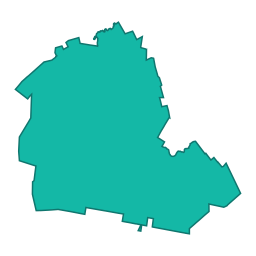 Cruillas, Tamaulipas, Mexico
{"feature_id": "50627088B28720868594108", "entity_name": "Cruillas", "entity_type": "district", "adm_level": 2, "iso_a3": "MEX", "parent_name": "Mexico", "parent_adm1": "Tamaulipas", "projection": "robinson", "projection_center": [-98.359, 24.655], "detail": "fine", "context": "isolated", "style": "filled", "palette": "teal", "viewbox_px": 256, "rotation_deg": 0, "n_neighbors": 0, "source": "geoboundaries", "source_scale": "gbopen_adm2", "svg_char_len": 4962}
<svg xmlns="http://www.w3.org/2000/svg" viewBox="0 0 256 256"><path d="M15.4,89.4L27.7,98.9L29.8,96.1L31.6,94.3L30.8,118.0L28.7,121.6L19.4,137.0L18.7,151.2L19.4,160.7L34.3,165.5L35.9,166.0L34.1,180.3L33.8,180.9L32.6,181.8L32.4,194.2L36.2,210.6L41.0,210.5L51.7,209.9L58.1,209.4L70.1,211.5L76.4,212.7L81.0,213.6L84.8,214.3L85.9,207.5L91.6,208.5L104.9,210.8L105.0,210.8L118.5,213.2L123.5,214.0L122.3,221.3L125.4,221.9L128.9,222.5L135.5,223.8L136.6,223.9L139.0,224.4L141.0,224.7L138.2,230.6L140.8,231.1L141.7,224.9L146.6,225.8L147.7,217.6L153.4,218.6L153.2,219.9L152.3,226.9L152.6,227.0L183.6,232.8L183.8,232.8L185.7,233.2L189.4,233.8L189.4,231.8L189.4,228.6L189.7,228.3L194.3,224.3L196.2,222.6L198.8,220.4L204.4,215.4L209.0,211.5L208.9,204.0L223.8,207.2L226.2,206.1L227.0,205.7L227.7,204.8L240.6,193.4L233.8,179.2L226.1,163.2L223.4,166.4L221.9,166.9L217.9,162.1L217.7,162.3L215.7,159.8L213.9,157.5L210.9,160.0L205.8,153.3L205.0,153.9L195.5,141.3L194.9,141.4L194.6,141.4L194.4,141.4L194.1,141.4L193.9,141.5L193.7,141.6L193.2,141.8L192.9,141.9L192.9,142.0L192.5,142.3L192.2,142.3L192.0,142.5L191.8,142.7L191.7,142.8L191.2,143.1L190.7,143.5L190.3,143.7L190.2,143.7L190.2,144.0L190.1,144.3L190.1,144.5L190.1,144.9L190.0,145.0L189.7,145.8L189.5,146.0L189.3,146.4L189.2,146.6L188.9,146.9L188.8,147.2L188.8,147.4L188.7,147.6L188.6,147.9L188.7,148.1L188.3,148.2L188.3,148.3L188.1,148.4L187.3,148.5L187.1,148.5L186.8,148.5L186.7,148.5L186.3,148.7L186.1,148.7L185.8,148.6L185.5,148.6L185.4,148.6L185.2,148.7L185.1,148.8L184.9,148.9L184.9,149.0L184.7,149.2L184.6,149.3L184.4,149.6L184.4,149.9L184.4,150.1L184.4,150.5L184.3,151.1L184.3,151.6L184.2,151.8L184.1,152.0L183.9,152.1L183.6,152.3L183.4,152.4L183.2,152.2L182.5,152.0L182.3,151.9L182.0,151.9L181.8,152.0L181.4,151.9L180.7,151.5L180.5,151.4L180.2,151.2L179.9,151.2L179.8,151.3L179.7,151.4L179.2,151.4L178.9,151.3L178.7,151.2L178.4,151.1L178.1,151.2L177.9,151.3L177.8,151.5L177.7,151.6L177.5,151.8L177.4,152.0L177.2,152.2L177.0,152.3L176.9,152.5L176.8,152.9L176.6,153.1L176.4,153.3L176.3,153.6L176.2,153.8L176.0,154.3L175.9,154.5L175.8,154.8L175.5,155.1L175.2,155.4L174.9,155.7L174.7,155.8L174.1,156.1L173.5,156.3L173.0,156.4L172.0,156.3L171.8,156.3L171.4,156.2L171.1,155.9L170.3,155.2L170.2,154.7L169.6,154.1L169.5,153.9L169.4,153.6L169.3,153.1L168.9,151.3L168.8,150.9L168.8,150.5L168.7,150.3L168.6,150.0L168.6,149.8L168.5,149.7L168.2,149.5L168.0,149.4L167.5,149.1L167.4,149.0L167.1,148.9L166.8,148.9L166.7,148.8L166.6,148.6L166.5,148.4L166.5,148.2L166.4,148.1L166.1,148.0L166.0,147.9L165.9,147.8L165.7,147.6L165.5,147.4L165.4,147.4L165.0,147.4L164.8,147.4L164.6,147.4L164.2,147.4L163.9,147.3L163.7,147.2L162.7,146.8L162.6,146.7L162.0,146.4L164.5,141.9L157.6,137.5L161.2,130.9L163.7,126.8L164.8,124.8L169.2,117.5L169.7,117.8L169.4,116.2L168.4,110.7L167.6,107.9L167.0,105.6L161.8,106.7L160.7,102.1L160.4,100.8L159.5,97.6L163.5,97.6L160.5,86.8L160.3,86.3L161.7,85.1L159.4,77.8L157.8,76.2L157.2,73.8L155.2,66.9L153.6,58.3L153.4,58.2L151.2,57.8L146.3,60.1L146.3,58.7L146.4,55.7L146.5,49.4L146.2,49.5L145.4,48.9L141.0,47.7L140.7,47.5L140.7,47.1L141.3,43.3L142.0,38.6L142.3,36.6L139.9,37.9L136.7,39.6L133.4,32.7L132.6,31.2L125.1,33.8L118.4,22.2L117.3,22.9L116.9,23.3L116.1,23.9L115.3,23.9L115.3,23.6L115.2,23.4L114.9,23.3L114.5,23.3L114.3,23.1L114.1,23.3L113.8,23.8L113.6,23.8L113.5,24.2L113.6,24.3L114.0,24.4L114.0,24.5L114.1,25.1L114.0,25.5L114.0,25.8L113.9,25.8L113.7,25.7L113.6,25.8L113.3,26.2L113.3,26.6L113.4,26.8L113.4,27.0L113.3,27.3L113.3,27.5L113.2,27.7L113.0,27.9L112.7,28.2L112.3,28.6L111.9,28.9L111.4,29.4L111.2,29.5L111.0,29.2L110.8,28.7L110.6,28.5L110.3,28.4L109.9,28.5L109.7,28.7L109.3,28.7L109.1,28.8L108.5,29.3L108.5,29.5L107.8,30.5L107.4,30.6L106.9,30.3L106.6,30.1L106.3,29.8L106.2,29.5L106.3,29.2L105.7,28.9L105.3,29.0L104.8,29.5L104.7,30.0L104.6,30.8L104.8,31.0L104.9,31.4L104.9,31.7L104.7,31.8L104.4,31.9L103.9,31.8L103.8,31.7L103.5,31.6L103.5,31.4L103.3,31.0L103.1,30.8L103.0,30.6L102.9,30.5L102.7,30.4L102.3,30.6L102.2,30.8L101.6,31.0L101.1,31.1L101.0,30.9L100.9,30.8L100.6,30.9L100.5,31.0L100.1,31.2L100.1,31.7L99.9,31.8L99.9,32.0L99.6,32.1L99.4,32.1L99.2,31.9L98.6,31.9L98.3,31.8L98.0,31.9L97.9,32.2L97.8,32.6L97.6,32.8L97.4,33.0L97.2,33.2L96.8,33.5L96.7,33.5L96.5,33.8L96.4,34.5L96.3,34.8L96.2,35.1L96.2,35.6L96.2,36.3L95.6,36.3L95.4,36.3L95.2,36.3L95.1,36.5L94.9,36.9L94.8,37.1L94.6,37.0L94.3,37.7L94.1,38.2L93.8,38.5L93.7,38.6L93.8,39.3L94.7,39.4L94.9,39.1L95.1,38.7L95.5,38.0L96.5,36.9L97.2,37.4L97.4,37.8L97.6,38.6L97.7,38.9L97.8,38.9L97.6,39.9L97.8,40.4L97.3,42.7L97.4,43.6L97.4,44.3L97.4,44.7L97.7,45.3L97.7,45.7L97.5,45.9L97.5,46.2L96.3,45.9L89.9,45.0L87.6,44.6L80.1,43.4L78.8,37.6L68.4,40.6L66.0,42.5L68.1,46.8L63.5,49.4L61.9,46.0L55.6,47.8L55.4,49.1L55.0,52.7L56.4,55.7L56.7,55.9L55.8,56.4L55.6,57.3L51.9,60.1L50.9,60.4L46.6,61.4L44.5,61.9L44.0,62.0L38.9,66.6L30.8,73.8L28.7,75.7L27.0,77.0L24.5,79.3L22.0,81.5L18.0,86.4L15.4,89.4Z" fill="#14b8a6" stroke="#0f766e" stroke-width="1.5"/></svg>